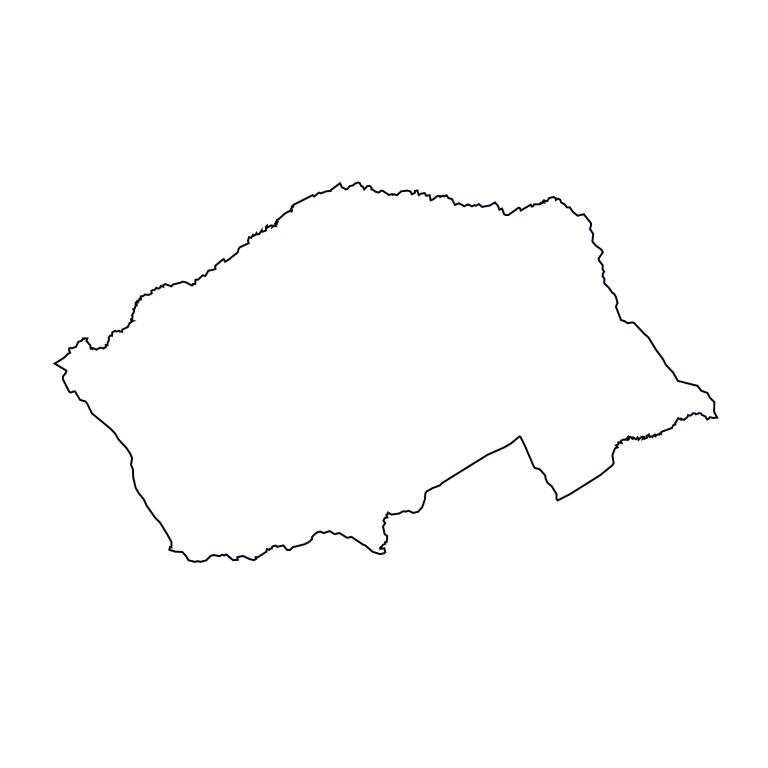 Chai Buri, Surat Thani, Thailand, rotated 149°
{"feature_id": "78962969B57683949209589", "entity_name": "Chai Buri", "entity_type": "district", "adm_level": 2, "iso_a3": "THA", "parent_name": "Thailand", "parent_adm1": "Surat Thani", "projection": "orthographic", "projection_center": [99.067, 8.459], "detail": "fine", "context": "isolated", "style": "outline", "palette": "ink", "viewbox_px": 768, "rotation_deg": 149, "n_neighbors": 0, "source": "geoboundaries", "source_scale": "gbopen_adm2", "svg_char_len": 6166}
<svg xmlns="http://www.w3.org/2000/svg" viewBox="0 0 768 768"><g transform="rotate(149 384 384)"><path d="M655.8,571.1L649.4,559.1L650.3,557.7L655.3,555.8L656.8,553.5L657.8,539.4L656.7,537.9L653.2,537.3L652.7,536.6L652.7,526.9L648.9,522.8L648.5,520.6L649.5,509.2L641.6,487.1L640.0,480.2L640.1,473.1L637.7,461.6L637.4,454.9L638.2,450.0L642.5,445.1L643.2,440.1L646.9,433.4L650.3,423.2L650.5,416.4L649.3,409.2L650.1,401.9L649.0,387.0L647.4,380.7L647.2,366.9L647.6,357.8L650.4,353.4L651.5,354.4L653.4,352.4L649.4,347.9L643.4,343.9L642.3,338.4L642.4,333.7L637.7,328.9L635.2,328.2L632.7,326.0L627.3,324.4L621.3,325.9L618.3,325.3L613.6,321.1L610.6,321.0L609.3,319.3L607.0,319.2L604.1,310.8L600.0,308.6L598.9,311.1L593.4,309.2L589.4,303.2L586.2,300.0L583.9,299.9L583.2,300.3L583.2,301.6L581.2,300.5L571.3,300.8L569.3,302.8L567.8,300.9L566.9,301.5L565.0,300.8L563.8,302.0L562.1,302.0L560.0,301.2L559.4,299.4L553.4,297.5L552.5,291.5L549.9,290.1L546.3,291.1L534.5,287.5L529.7,287.2L525.6,288.1L524.6,289.8L521.8,290.7L517.9,291.3L514.6,290.3L512.5,287.3L506.3,285.9L503.7,280.7L499.0,279.3L494.8,271.1L490.6,269.7L484.7,257.1L483.1,255.2L480.2,246.1L475.2,240.4L471.4,238.9L469.5,239.1L468.4,243.0L472.1,244.6L472.0,245.4L467.5,246.6L465.2,246.4L464.7,247.8L463.0,247.2L459.5,252.1L460.8,254.9L458.2,262.4L454.6,264.2L455.0,266.9L454.2,267.7L452.2,268.7L449.8,267.9L449.3,270.7L447.3,270.8L446.7,271.6L444.8,268.2L438.0,265.3L433.2,265.0L430.6,263.2L428.2,262.7L425.4,258.5L420.7,256.9L414.4,258.9L408.2,264.2L404.9,269.0L402.8,269.9L395.6,269.7L388.5,268.3L385.1,269.2L331.6,270.0L314.0,267.8L306.0,267.6L295.0,269.3L294.3,268.6L294.9,259.5L298.1,236.3L297.9,234.2L294.5,230.9L292.9,222.6L294.2,219.6L294.7,215.2L292.9,210.0L292.8,200.8L295.3,196.8L295.2,194.8L281.4,193.8L245.6,194.5L229.7,196.8L227.9,197.9L224.9,205.3L219.3,209.8L216.4,209.4L216.8,211.9L214.3,211.5L213.2,213.3L210.7,211.0L210.5,213.0L209.5,213.3L206.8,212.9L205.9,211.8L203.3,212.5L204.4,211.0L203.7,210.4L202.2,210.7L201.5,213.9L201.1,212.2L198.6,210.4L199.5,209.9L199.1,208.9L197.9,209.5L196.5,207.0L194.1,207.5L194.6,205.1L191.2,206.0L189.5,205.7L189.0,205.1L190.3,203.9L188.3,204.1L188.9,202.9L186.3,202.5L185.5,204.2L183.0,204.3L183.8,202.4L183.4,201.6L181.8,201.5L181.3,200.3L179.7,201.0L178.7,199.8L178.5,201.1L177.8,201.2L177.4,199.8L174.7,199.6L174.0,198.8L173.0,199.5L172.3,198.4L170.7,200.1L159.9,198.0L157.2,199.7L155.3,199.2L154.6,200.4L149.4,203.2L148.9,202.1L147.3,201.4L147.6,200.2L146.5,200.2L145.2,198.7L140.5,199.5L139.5,200.7L137.5,199.0L134.2,199.7L132.4,198.5L132.2,197.3L128.6,196.6L127.4,195.4L127.5,194.1L125.2,190.4L125.3,187.3L124.1,186.9L121.7,187.7L119.2,185.2L115.7,183.6L115.3,190.4L110.2,198.2L111.7,204.4L111.4,209.8L115.5,214.8L116.2,220.9L130.5,235.3L130.3,245.2L132.5,254.8L132.1,261.4L133.2,273.5L133.3,287.8L134.9,292.3L138.2,307.4L139.2,308.8L143.9,310.7L145.4,314.0L147.9,316.6L145.4,330.8L142.0,333.3L140.4,339.1L140.3,342.7L141.4,345.0L141.7,350.8L143.3,357.0L140.8,361.0L141.2,363.6L139.6,365.8L137.4,366.9L137.6,369.6L135.4,373.1L136.1,378.9L135.4,381.1L128.7,384.1L128.4,387.0L131.2,393.7L132.0,398.8L127.4,404.8L127.6,410.6L124.2,414.2L123.8,415.5L125.3,426.6L131.3,428.5L133.4,433.9L133.8,439.7L136.3,441.3L136.5,444.6L138.6,448.3L138.1,451.3L139.3,453.2L141.8,453.2L141.1,454.8L142.5,457.0L146.5,458.3L149.8,456.8L150.9,457.1L152.2,459.1L153.8,458.7L153.4,457.0L156.4,458.5L156.7,457.8L158.2,458.0L162.8,460.7L164.6,459.6L165.9,459.9L165.9,462.1L177.5,462.3L176.9,464.4L177.7,465.8L190.3,464.8L192.7,466.2L193.6,467.7L192.5,473.5L195.4,474.1L194.5,477.8L195.4,482.5L201.2,482.5L208.6,485.2L210.1,489.4L213.2,489.4L214.3,490.6L217.2,491.1L219.4,494.6L223.7,495.1L226.6,500.3L231.0,501.0L230.5,507.7L233.0,510.1L233.2,513.6L235.9,513.9L236.1,515.0L239.5,515.4L239.2,516.4L242.1,517.7L246.8,516.9L249.4,517.4L247.6,522.3L250.9,523.6L250.8,526.7L253.9,527.9L256.9,528.1L255.7,532.7L258.1,533.5L259.1,532.0L262.4,532.2L262.1,535.2L264.2,537.6L269.9,540.3L275.7,539.2L277.6,541.4L279.1,541.6L279.2,542.6L282.4,543.5L285.7,550.4L287.1,551.1L289.9,550.8L292.3,553.2L293.6,556.6L294.6,557.3L293.5,558.9L294.3,561.3L296.6,562.2L300.6,561.0L300.6,564.0L301.6,565.7L301.3,568.8L302.4,570.1L305.7,570.7L308.4,570.2L311.5,571.3L314.8,570.0L316.3,570.3L318.8,574.5L318.3,578.7L329.5,577.6L330.1,576.9L334.3,578.9L339.8,579.9L341.3,581.6L347.3,580.7L347.8,582.6L369.6,584.2L370.4,582.8L371.5,583.6L372.0,582.5L373.2,582.3L373.7,581.4L373.2,580.5L374.4,579.4L375.6,580.9L381.0,581.2L389.4,579.5L391.0,579.9L391.4,578.3L392.3,579.0L393.4,578.4L392.6,577.3L393.5,576.3L394.8,578.2L394.5,576.8L395.3,576.3L395.3,575.0L397.3,576.2L398.6,576.1L397.6,576.9L399.2,578.1L403.1,578.1L402.6,580.0L404.4,579.4L406.1,576.4L409.7,577.1L410.5,577.7L409.9,578.6L414.0,576.7L415.8,577.7L415.6,579.0L417.6,578.0L420.2,578.2L419.1,578.8L419.4,579.4L422.5,577.7L424.0,579.4L426.7,577.0L427.4,574.4L437.1,575.4L438.8,574.8L441.6,572.2L453.4,570.6L457.2,570.7L457.0,573.6L459.3,573.5L467.9,572.2L469.3,569.3L476.3,571.5L481.4,568.6L483.4,570.5L489.5,569.2L492.0,570.4L494.3,567.0L496.2,568.1L497.4,567.2L498.1,567.6L501.5,573.3L504.2,575.6L505.9,575.5L513.7,578.0L516.0,577.2L520.0,582.3L523.1,582.3L523.3,581.2L524.9,582.9L526.5,581.8L528.2,581.9L529.6,583.8L531.6,582.9L534.6,583.7L535.7,583.4L536.4,581.3L539.7,581.5L542.8,583.8L545.2,583.4L547.4,584.4L548.6,582.0L549.6,583.0L550.6,581.6L552.4,582.3L552.9,580.8L554.0,581.7L555.1,581.5L554.9,579.8L556.0,579.7L555.8,578.7L557.3,578.6L558.7,577.1L560.5,577.2L560.4,575.7L561.3,574.5L564.8,572.6L564.6,571.6L566.4,569.4L567.4,569.8L567.8,568.7L566.8,567.6L568.0,568.0L568.0,567.3L570.6,567.3L574.3,564.8L580.3,565.4L581.6,563.8L583.5,565.1L583.6,566.0L586.6,566.9L587.0,568.1L590.2,568.3L592.3,565.4L593.7,566.5L596.0,565.7L597.2,563.3L599.8,561.5L601.0,559.7L602.4,560.8L603.2,559.0L606.4,558.9L606.6,559.8L608.8,561.4L612.7,561.5L614.7,564.3L615.9,564.1L616.0,566.2L616.5,565.1L617.2,565.4L615.9,568.5L616.9,574.1L614.8,575.9L617.4,577.5L618.2,577.1L618.6,578.0L620.9,576.8L624.4,577.5L628.8,574.5L633.2,575.4L635.0,576.9L636.5,575.7L636.9,572.4L639.3,572.7L644.4,571.3L655.8,571.1Z" fill="none" stroke="#020617" stroke-width="2"/></g></svg>